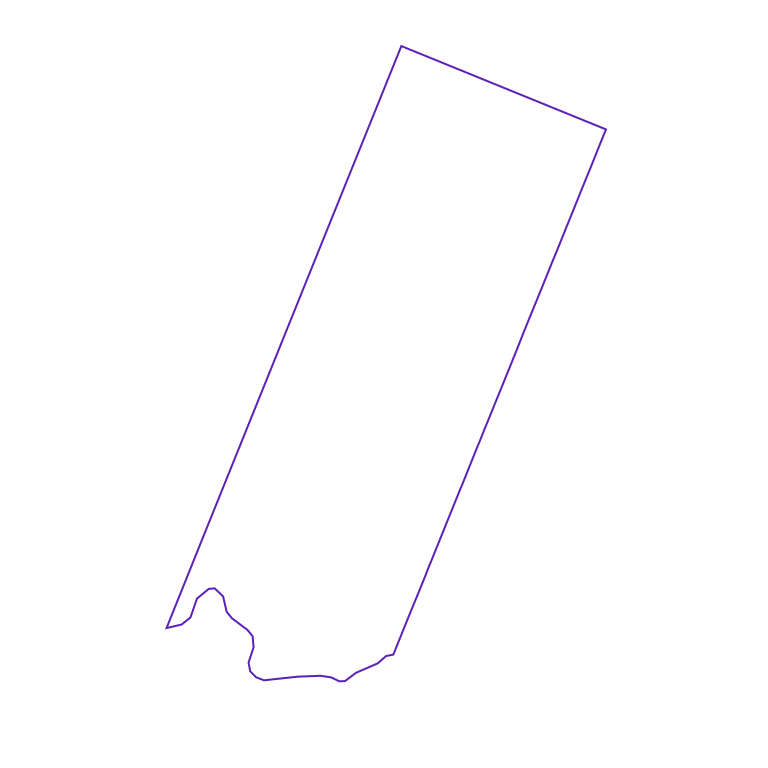 Corson, South Dakota, United States of America (Robinson projection), rotated 112°
{"feature_id": "52423323B58713240584221", "entity_name": "Corson", "entity_type": "district", "adm_level": 2, "iso_a3": "USA", "parent_name": "United States of America", "parent_adm1": "South Dakota", "projection": "robinson", "projection_center": [-101.116, 45.709], "detail": "fine", "context": "isolated", "style": "outline", "palette": "violet", "viewbox_px": 768, "rotation_deg": 112, "n_neighbors": 0, "source": "geoboundaries", "source_scale": "gbopen_adm2", "svg_char_len": 1177}
<svg xmlns="http://www.w3.org/2000/svg" viewBox="0 0 768 768"><g transform="rotate(112 384 384)"><path d="M64.8,273.6L64.2,494.5L264.6,494.5L589.9,494.4L691.7,494.2L682.8,481.5L672.8,476.0L653.0,477.0L639.7,469.8L636.9,464.5L641.2,453.6L654.1,444.6L658.2,437.2L663.1,418.6L667.0,411.4L676.9,406.3L693.1,405.2L700.5,400.4L703.8,392.8L703.7,384.3L687.7,354.4L678.4,333.7L675.8,323.1L676.4,314.0L674.0,308.8L662.4,301.9L645.4,285.2L635.5,280.2L631.4,274.0L626.7,274.0L583.0,274.0L574.3,273.9L547.8,273.8L536.7,274.0L532.3,273.9L529.4,273.9L483.9,273.9L466.8,273.9L465.5,273.9L455.9,273.9L451.3,273.9L449.8,273.8L404.3,273.9L402.2,273.8L388.7,273.9L387.4,273.9L380.9,273.8L377.9,273.8L376.2,273.8L374.9,273.8L365.6,273.8L358.0,273.8L340.0,273.7L334.1,273.7L324.3,273.7L316.5,273.7L304.6,273.7L302.6,273.7L301.4,273.7L284.0,273.9L232.2,273.7L230.3,273.7L205.3,273.7L194.3,273.6L185.6,273.6L185.2,273.6L175.0,273.6L169.5,273.7L167.0,273.6L156.2,273.6L154.1,273.6L153.7,273.6L153.3,273.6L144.3,273.6L142.6,273.6L128.1,273.6L120.7,273.6L107.8,273.5L81.2,273.6L75.0,273.6L69.1,273.6L68.0,273.6L65.6,273.5L64.9,273.5L64.8,273.6Z" fill="none" stroke="#5b21b6" stroke-width="2"/></g></svg>